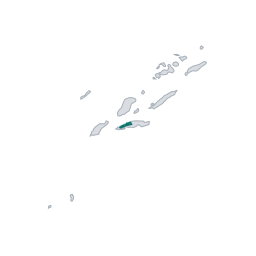 West Areare, Malaita, Solomon Islands (highlighted), rotated 108°
{"feature_id": "97153195B24972598877483", "entity_name": "West Areare", "entity_type": "district", "adm_level": 2, "iso_a3": "SLB", "parent_name": "Solomon Islands", "parent_adm1": "Malaita", "projection": "natural_earth1", "projection_center": [161.183, -9.358], "detail": "fine", "context": "in_parent", "style": "filled", "palette": "teal", "viewbox_px": 256, "rotation_deg": 108, "n_neighbors": 0, "source": "geoboundaries", "source_scale": "gbopen_adm2", "svg_char_len": 6001}
<svg xmlns="http://www.w3.org/2000/svg" viewBox="0 0 256 256"><g transform="rotate(108 128 128)"><path d="M100.4,129.1L104.3,132.4L106.0,132.1L111.2,132.2L114.3,134.6L116.1,135.7L117.1,137.8L118.3,138.3L119.1,139.4L119.5,141.4L117.6,142.4L116.5,142.7L113.5,142.0L110.6,140.5L104.9,140.3L102.2,139.9L101.3,139.3L100.5,138.5L99.1,136.7L98.1,134.5L97.9,133.2L97.8,130.8L98.1,129.9L99.2,129.0L100.4,129.1ZM118.3,109.1L122.7,115.3L122.5,116.4L121.9,117.1L121.8,119.2L122.3,120.0L123.5,120.4L125.6,122.6L126.5,126.2L127.4,127.4L127.4,130.0L129.4,133.6L129.5,135.3L129.3,136.1L128.5,135.7L126.2,131.6L123.5,129.8L123.2,129.0L120.5,126.7L118.7,122.6L116.7,115.5L117.6,113.8L115.4,110.3L115.5,109.4L117.1,109.6L117.4,109.2L118.3,109.1ZM102.1,112.2L102.7,114.2L100.3,112.4L98.5,110.3L93.3,108.0L92.1,106.8L91.2,106.6L88.5,104.7L85.9,103.4L83.9,101.0L82.9,100.6L81.3,98.8L79.7,97.5L79.1,95.3L77.5,93.8L77.1,93.1L82.1,94.3L84.4,96.8L86.4,98.2L87.1,99.2L88.9,100.5L90.4,100.7L92.0,102.1L93.5,102.4L94.6,103.2L102.0,109.4L101.1,111.0L102.1,112.2ZM135.6,152.3L137.8,153.5L139.1,153.3L141.1,154.2L142.6,153.7L143.5,154.8L145.8,159.0L145.8,160.4L147.3,161.4L146.1,161.6L144.3,161.1L142.9,161.4L141.4,160.6L139.0,160.2L136.8,159.2L132.4,156.0L132.4,154.5L131.7,153.7L131.5,151.8L129.9,151.1L128.0,151.0L127.9,150.1L128.2,148.5L129.6,148.5L131.3,149.2L135.6,152.3ZM59.7,88.6L60.3,89.3L58.9,90.6L57.1,89.9L56.6,88.8L55.4,89.1L52.8,88.5L49.3,85.5L45.5,79.9L41.9,76.8L41.2,75.8L41.1,74.2L41.6,73.6L43.8,74.3L46.7,76.8L51.5,79.5L52.8,80.8L53.6,84.1L54.4,85.1L57.0,87.6L59.7,88.6ZM64.7,107.6L65.9,109.3L67.2,113.1L66.9,114.4L66.0,114.5L65.7,115.3L64.5,113.5L62.8,113.0L61.6,111.8L61.0,108.2L60.1,107.9L57.3,108.3L56.5,109.5L55.2,109.1L54.9,108.0L55.1,107.0L56.8,105.9L57.1,104.6L58.8,102.2L59.8,101.8L61.8,102.7L62.0,106.0L62.7,107.1L64.7,107.6ZM115.2,181.7L114.0,182.4L112.8,182.0L112.0,181.5L111.2,179.9L109.7,178.9L107.6,178.5L106.5,177.5L105.0,177.1L104.5,176.3L104.7,175.4L104.9,174.9L106.3,175.3L112.9,179.6L115.2,181.7ZM45.4,101.0L45.1,101.2L44.5,100.1L44.0,99.8L44.0,98.5L42.2,96.5L42.1,95.1L43.1,93.7L44.5,94.5L45.9,96.2L47.6,96.8L47.2,97.9L45.8,100.0L45.4,101.0ZM54.5,104.3L53.7,105.1L51.8,105.0L50.3,102.9L50.3,101.3L51.4,99.8L52.9,99.5L53.6,100.1L54.4,101.3L54.6,102.9L54.5,104.3ZM70.9,116.8L69.2,118.5L67.9,117.9L66.8,116.5L67.4,114.3L68.4,113.9L69.0,113.1L70.9,113.7L71.4,114.2L70.2,115.2L70.8,116.0L70.9,116.8ZM214.6,160.0L211.7,160.5L210.5,162.0L209.0,161.8L208.5,160.6L208.5,160.0L209.3,160.1L209.7,158.9L210.6,158.3L212.7,158.0L215.1,158.7L214.6,159.8L214.6,160.0ZM132.6,136.4L132.7,139.4L131.3,137.8L130.7,138.4L130.1,137.6L130.2,134.1L129.3,130.8L130.1,131.1L132.6,136.4ZM58.0,117.4L58.0,117.7L57.0,117.1L54.9,114.3L55.2,113.4L57.2,111.6L57.9,111.3L58.4,112.5L57.9,114.1L57.3,114.5L57.0,116.1L58.0,117.4ZM107.9,123.3L109.4,123.5L112.2,126.3L111.5,127.2L110.2,126.7L109.8,126.9L109.4,126.0L108.0,125.1L106.7,125.1L106.6,124.1L107.9,123.3ZM90.3,126.0L88.2,125.7L87.6,125.0L88.3,123.9L89.3,123.2L90.1,123.8L91.0,124.0L91.1,125.3L90.3,126.0ZM30.2,83.8L28.4,84.3L27.2,83.6L27.7,82.0L28.3,81.2L30.6,82.6L30.2,83.8ZM99.2,113.1L98.4,113.4L97.1,112.7L96.6,112.0L96.8,110.9L97.6,110.5L98.4,111.2L98.5,111.9L99.2,113.1ZM228.8,178.9L227.2,179.3L226.6,179.2L225.5,177.4L226.3,177.0L227.4,177.1L227.8,178.2L228.8,178.9ZM62.6,118.4L62.6,119.1L61.6,118.9L59.3,117.8L59.2,117.3L60.5,117.1L61.4,117.2L62.6,118.4ZM44.1,104.6L43.7,106.6L42.8,104.1L43.0,102.0L43.3,101.7L44.1,104.6ZM73.5,119.2L72.2,119.8L71.8,118.9L72.8,116.7L73.5,119.2Z" fill="#d9dde1" stroke="#a8b0b8" stroke-width="1"/><path d="M121.9,127.4L121.9,127.5L122.0,127.6L122.1,127.8L122.1,128.0L122.2,128.3L122.3,128.3L122.7,128.5L122.8,128.5L123.0,128.6L122.9,128.5L122.9,128.8L123.0,128.9L123.0,129.1L123.1,129.3L123.3,129.5L123.5,129.6L123.3,129.6L123.2,129.5L123.4,129.7L123.6,129.8L123.7,129.7L123.8,129.6L123.9,129.8L124.1,130.0L124.2,129.9L124.0,129.7L124.0,129.8L124.1,129.7L124.1,129.8L124.1,129.7L124.3,129.8L124.3,129.7L124.3,129.8L124.4,130.0L124.5,130.0L124.4,130.0L124.4,130.3L124.5,130.4L124.8,130.3L124.7,130.4L124.8,130.4L124.9,130.5L124.9,130.4L124.9,130.5L125.0,130.6L125.3,130.6L125.4,130.8L125.3,130.7L125.2,130.8L125.3,130.8L125.5,130.9L125.5,131.0L125.5,130.9L125.5,131.0L125.6,130.9L125.6,131.0L125.8,131.1L126.0,131.1L125.9,131.1L125.8,131.3L125.8,131.2L126.0,131.3L126.2,131.5L126.3,131.6L126.2,131.4L126.3,131.4L126.3,131.6L126.3,131.4L126.4,131.5L126.4,131.4L126.4,131.5L126.5,131.6L126.4,131.5L126.5,131.6L126.6,131.8L126.5,131.7L126.4,131.7L126.4,131.8L126.6,131.9L126.6,132.0L126.8,132.1L126.7,132.1L126.8,132.2L126.7,132.2L126.7,132.3L126.8,132.3L126.9,132.5L126.9,132.4L126.9,132.5L127.0,132.5L126.9,132.6L127.0,132.6L127.0,132.8L127.1,133.0L127.1,132.9L127.2,133.1L127.3,133.2L127.2,133.1L127.2,133.3L127.3,133.3L127.4,133.5L127.5,133.7L127.7,133.9L127.8,134.0L128.0,134.0L128.0,134.3L128.2,134.6L128.3,134.8L128.6,134.9L128.8,135.0L129.4,135.5L129.5,135.8L129.8,135.8L129.9,135.7L130.0,135.7L129.9,135.4L130.0,135.2L130.0,135.3L130.0,135.2L130.1,134.9L130.0,134.7L129.8,134.7L128.1,132.7L126.0,130.3L125.9,130.1L125.8,129.7L125.0,128.4L123.4,125.8L121.9,127.4ZM127.9,134.3L128.0,134.1L127.9,134.2L127.7,134.0L127.7,133.9L127.3,133.7L127.2,133.5L127.3,133.8L127.6,134.0L127.9,134.3L127.9,134.3ZM127.2,133.4L127.1,133.2L126.9,132.9L127.0,132.9L126.9,132.9L126.9,133.0L127.0,133.2L127.1,133.5L127.2,133.4ZM125.1,130.6L125.0,130.8L124.9,130.8L124.8,130.6L124.7,130.5L124.6,130.4L124.6,130.5L124.8,130.6L124.9,130.8L125.0,130.9L125.1,130.7L125.1,130.6ZM126.9,132.8L126.8,132.7L126.7,132.4L126.6,132.2L126.4,132.0L126.5,132.2L126.6,132.4L126.9,132.8L126.9,132.8ZM126.2,131.7L125.8,131.4L125.7,131.4L125.8,131.4L125.7,131.3L125.8,131.5L126.0,131.6L126.2,131.7ZM126.3,132.0L126.3,131.9L126.2,131.8L126.3,132.0ZM125.3,130.9L125.2,130.9L125.3,130.9ZM125.4,131.0L125.3,130.9L125.3,131.0L125.4,131.0ZM125.5,131.0L125.4,131.0L125.5,131.0ZM124.7,130.5L124.7,130.4L124.7,130.5Z" fill="#14b8a6" stroke="#0f766e" stroke-width="1.5"/></g></svg>